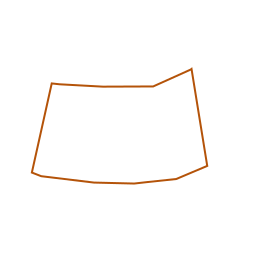 23, Ad Dawhah, Qatar, rotated 294°
{"feature_id": "91078587B28752145715053", "entity_name": "23", "entity_type": "district", "adm_level": 2, "iso_a3": "QAT", "parent_name": "Qatar", "parent_adm1": "Ad Dawhah", "projection": "robinson", "projection_center": [51.511, 25.278], "detail": "fine", "context": "isolated", "style": "outline", "palette": "amber", "viewbox_px": 256, "rotation_deg": 294, "n_neighbors": 0, "source": "geoboundaries", "source_scale": "gbopen_adm2", "svg_char_len": 342}
<svg xmlns="http://www.w3.org/2000/svg" viewBox="0 0 256 256"><g transform="rotate(294 128 128)"><path d="M48.2,58.3L48.6,66.6L48.6,66.9L48.7,68.4L64.3,119.1L79.8,156.3L86.2,167.2L101.0,192.8L125.6,215.8L207.8,162.0L206.9,161.5L176.2,134.1L155.5,88.1L140.1,47.7L137.7,40.2L48.2,58.3Z" fill="none" stroke="#b45309" stroke-width="2"/></g></svg>